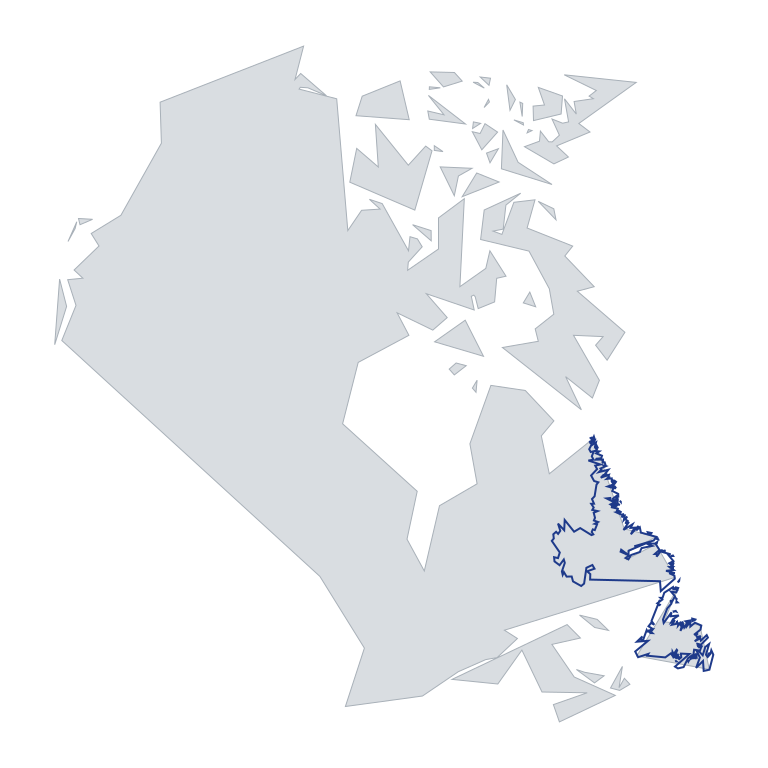 Newfoundland and Labrador highlighted on a map of Canada
{"feature_id": "CAN-686", "entity_name": "Newfoundland and Labrador", "entity_type": "Province", "adm_level": 1, "iso_a3": "CAN", "parent_name": "Canada", "parent_adm1": "", "projection": "orthographic", "projection_center": [-58.847, 53.496], "detail": "fine", "context": "in_parent", "style": "outline", "palette": "blue", "viewbox_px": 768, "rotation_deg": 0, "n_neighbors": 0, "source": "natural_earth", "source_scale": "10m", "svg_char_len": 9804}
<svg xmlns="http://www.w3.org/2000/svg" viewBox="0 0 768 768"><path d="M120.9,215.3L161.4,143.2L160.1,102.2L303.6,46.1L295.0,79.5L300.7,73.5L326.5,95.8L307.9,87.8L300.3,87.3L299.1,89.1L336.7,98.8L347.8,230.6L361.6,210.3L380.1,209.1L369.4,199.3L382.2,203.6L408.5,250.8L410.0,236.7L417.4,238.9L422.2,246.8L408.3,262.1L407.6,270.3L438.5,249.0L438.5,217.9L464.3,198.7L459.9,286.7L485.8,268.4L489.9,250.8L506.0,276.2L496.7,278.3L494.6,301.9L478.2,308.6L475.2,296.7L473.8,295.1L471.3,296.3L474.2,310.0L426.3,293.7L447.2,317.6L432.8,330.1L397.1,312.8L408.9,335.3L358.2,362.4L342.6,423.8L417.2,491.3L407.0,539.2L424.3,571.0L439.5,505.7L477.1,483.8L469.9,443.8L490.9,385.4L525.3,390.5L553.9,420.9L541.3,435.9L549.3,473.8L593.7,438.2L624.2,528.8L655.9,536.9L625.9,552.9L626.4,559.6L655.9,544.2L674.9,577.4L504.4,630.2L517.4,638.5L497.1,657.6L485.7,659.6L458.3,671.7L422.5,696.0L345.4,706.5L364.4,648.1L319.9,576.4L61.8,340.5L76.0,305.4L67.7,279.7L82.9,278.2L74.1,270.0L99.0,246.0L91.2,233.5L120.9,215.3ZM493.0,231.1L501.9,234.4L513.9,202.3L535.0,199.8L527.1,228.0L572.7,246.1L564.8,256.0L594.2,286.7L577.3,291.2L624.9,332.3L607.1,360.2L595.6,345.2L603.1,336.6L573.5,335.3L599.4,380.3L592.4,398.0L565.6,376.6L581.4,409.8L502.4,347.5L538.3,341.3L535.2,328.9L553.8,314.2L549.3,288.7L529.0,251.1L480.6,239.5L484.2,210.0L520.7,193.2L505.9,205.1L503.2,229.1L493.0,231.1ZM564.2,74.8L636.2,82.4L578.8,123.5L590.0,132.0L556.6,145.9L568.4,157.0L553.9,163.9L524.5,146.7L539.5,141.2L540.4,131.1L548.7,141.8L552.2,141.9L559.4,135.2L552.0,119.0L562.6,123.2L568.6,121.9L564.5,98.8L576.3,114.1L574.1,101.5L593.4,98.7L589.1,96.1L596.3,90.5L564.2,74.8ZM375.4,124.4L408.3,165.2L425.7,146.1L432.0,150.8L414.8,210.1L349.8,182.2L356.7,148.4L378.3,167.0L375.4,124.4ZM542.0,692.0L521.9,650.1L497.8,684.0L452.0,679.4L567.1,624.6L580.4,638.0L551.9,644.4L574.2,677.0L615.3,695.4L559.4,721.9L553.4,704.6L587.2,692.8L542.0,692.0ZM400.1,80.9L409.2,119.7L356.0,115.7L362.2,96.2L400.1,80.9ZM538.3,87.4L562.5,96.0L561.1,114.0L533.5,120.6L533.1,106.1L544.5,105.0L538.3,87.4ZM503.0,130.0L518.1,162.3L552.0,184.5L501.4,168.8L503.0,130.0ZM428.4,95.4L465.5,124.0L429.3,119.2L427.8,111.0L444.0,114.8L428.4,95.4ZM677.6,588.5L664.0,621.9L699.8,625.0L709.3,669.4L636.8,656.0L677.6,588.5ZM440.2,166.9L472.0,168.3L458.4,176.0L454.3,195.7L440.2,166.9ZM434.6,341.8L465.2,320.2L483.5,356.3L434.6,341.8ZM476.7,173.0L499.1,182.0L462.2,196.7L476.7,173.0ZM462.2,81.1L443.5,86.9L430.2,71.9L454.4,72.5L462.2,81.1ZM497.6,132.1L481.8,149.8L472.3,131.7L480.1,133.5L485.0,123.7L497.6,132.1ZM506.7,84.8L515.4,99.5L510.0,110.3L506.7,84.8ZM59.6,279.1L66.6,306.4L54.7,344.7L59.6,279.1ZM538.2,201.3L553.8,208.8L556.0,219.8L538.2,201.3ZM412.6,224.7L431.1,230.6L431.2,240.8L412.6,224.7ZM498.4,148.7L490.0,162.8L486.5,153.1L498.4,148.7ZM522.7,103.4L522.2,116.5L519.9,102.1L522.7,103.4ZM529.8,292.1L535.7,306.8L523.3,302.9L529.8,292.1ZM477.8,82.5L484.3,88.1L473.1,82.2L477.8,82.5ZM443.0,151.6L434.3,150.4L434.3,145.7L443.0,151.6ZM622.4,666.4L619.0,687.7L624.4,678.3L629.9,684.3L619.7,690.4L610.5,688.0L622.4,666.4ZM490.5,78.2L489.0,85.3L480.2,77.0L490.5,78.2ZM608.5,630.4L594.7,627.5L579.5,615.1L597.2,619.4L608.5,630.4ZM466.2,365.7L454.3,374.9L449.2,369.1L456.1,363.0L466.2,365.7ZM78.5,218.5L92.6,219.3L80.0,224.7L78.5,218.5ZM513.9,119.9L523.2,122.7L523.5,125.0L513.9,119.9ZM480.6,123.4L472.6,128.5L473.4,121.9L480.6,123.4ZM576.4,669.5L584.7,672.3L604.1,675.8L594.5,682.9L576.4,669.5ZM477.1,380.2L476.0,392.3L472.4,388.1L477.1,380.2ZM440.3,87.8L429.3,89.4L429.4,86.8L440.3,87.8ZM532.0,130.6L527.1,132.9L528.5,129.5L532.0,130.6ZM489.4,102.0L484.1,107.5L488.5,99.4L489.4,102.0ZM76.8,221.7L75.1,228.6L68.0,241.5L76.8,221.7Z" fill="#d9dde1" stroke="#a8b0b8" stroke-width="1"/><path d="M593.4,437.6L594.6,438.7L592.5,437.7L591.4,438.5L594.5,439.9L590.5,442.8L594.5,440.6L593.0,444.4L596.0,442.4L594.9,446.9L595.8,448.4L597.7,449.0L596.8,449.1L595.8,451.2L599.2,451.4L596.2,453.4L602.0,455.7L601.2,458.3L596.5,458.7L595.9,459.7L603.9,459.5L602.0,459.9L603.5,461.9L602.0,462.8L604.7,462.4L605.5,464.9L604.3,465.5L606.0,466.1L600.5,468.5L601.4,469.6L598.9,472.1L608.4,469.7L605.0,474.0L607.4,474.7L603.4,475.0L600.8,477.7L609.0,474.8L608.3,476.9L610.2,477.5L608.1,477.8L606.8,478.9L611.7,478.4L611.7,481.5L613.7,484.3L607.7,486.5L613.4,488.1L612.3,491.0L618.2,493.9L618.3,496.2L616.8,495.7L612.9,498.7L614.8,501.8L607.3,498.6L611.2,497.9L606.5,498.4L614.6,502.5L610.4,504.4L615.4,507.6L610.9,507.1L617.8,508.7L616.6,511.5L618.7,511.8L616.2,512.3L623.5,515.7L621.4,517.2L624.7,515.8L623.8,520.1L627.2,516.5L625.3,519.3L627.5,520.8L626.0,522.2L625.7,523.8L627.2,521.4L628.5,522.6L623.5,529.9L632.5,524.3L630.6,527.9L635.9,527.6L632.8,530.5L630.9,534.3L638.5,525.9L636.3,530.4L639.8,527.3L640.9,532.6L656.4,536.9L653.7,540.5L634.2,546.3L646.3,543.2L628.6,550.7L628.5,555.1L621.2,549.7L620.6,551.7L629.2,555.5L625.6,558.0L628.4,559.4L631.1,555.0L639.8,552.0L641.6,548.1L652.1,545.9L646.5,543.5L655.4,543.6L659.5,549.9L654.8,554.0L657.1,554.1L656.6,556.7L660.4,551.6L665.5,550.4L663.1,552.2L670.7,554.3L667.8,554.3L673.4,561.1L669.2,563.3L673.0,566.3L669.3,566.9L673.7,570.0L666.0,570.8L674.9,573.1L669.2,573.2L674.4,575.6L674.8,578.7L660.8,591.1L660.0,581.2L590.1,579.6L590.3,574.1L587.1,571.3L594.5,568.7L592.4,565.0L586.4,567.8L584.1,583.6L581.2,586.0L573.0,581.4L571.7,576.5L566.6,576.6L563.9,572.1L562.7,574.8L561.9,571.4L564.8,562.9L563.8,559.5L559.6,565.2L554.5,561.4L554.1,557.2L558.0,558.1L559.8,552.5L551.8,540.9L553.8,538.5L553.3,534.3L556.1,531.8L558.1,533.9L560.3,530.8L558.0,523.6L564.2,530.2L564.7,520.0L574.1,531.7L580.2,528.1L591.5,535.1L593.3,534.4L591.7,532.0L592.8,529.4L594.8,530.1L597.1,524.3L594.7,523.8L598.0,522.0L593.9,520.5L595.0,517.8L593.7,512.7L597.6,511.1L592.3,509.9L593.7,507.5L591.2,503.8L594.0,503.7L592.0,499.0L594.6,496.3L596.5,484.6L598.3,482.3L594.1,481.0L591.1,475.5L597.1,469.1L595.2,465.6L600.4,464.5L588.4,460.5L593.6,459.7L591.8,456.4L593.8,451.2L590.7,452.0L589.2,449.2L591.8,444.1L590.3,443.0L589.9,441.7L592.6,440.7L590.7,438.0L591.4,437.7L593.4,437.6ZM713.3,654.7L709.4,669.7L703.7,670.9L703.0,661.0L696.1,667.9L699.9,657.5L696.2,650.0L694.1,649.7L693.0,657.5L690.6,659.0L692.6,654.8L688.0,658.3L683.6,667.1L677.9,668.4L675.0,666.6L689.4,654.0L680.9,653.6L681.3,657.3L679.2,659.1L678.4,658.5L679.2,657.2L678.6,656.6L675.5,658.6L677.3,656.0L672.6,657.8L678.6,654.4L675.4,654.8L677.2,650.3L676.7,649.7L673.7,654.2L672.5,651.8L672.3,655.5L670.8,653.4L665.3,657.4L647.2,655.7L648.3,653.9L638.1,657.2L635.2,651.5L648.1,640.8L636.9,641.7L642.4,636.4L640.3,639.2L643.1,640.0L646.6,630.3L647.1,631.6L648.7,631.4L650.3,633.0L652.4,633.1L649.5,630.5L652.0,630.4L652.7,629.5L650.2,630.1L651.9,628.4L648.5,626.3L651.0,623.0L654.3,624.7L651.5,621.0L657.8,605.1L659.5,605.2L659.9,604.7L657.3,603.3L662.3,599.6L660.5,597.9L662.5,597.9L664.3,592.7L673.0,587.1L673.3,589.4L676.1,589.5L674.6,588.3L675.7,587.3L678.2,588.0L676.3,592.4L671.0,591.6L675.0,596.3L671.5,602.7L670.6,600.0L671.4,603.6L667.2,608.5L663.0,619.5L663.7,623.0L671.5,612.3L670.8,616.3L678.8,615.4L673.0,619.2L671.3,622.3L674.9,620.2L671.8,624.8L678.5,623.4L678.1,625.6L680.2,623.1L681.0,626.3L680.8,622.6L682.1,623.0L681.9,622.5L682.5,622.2L682.8,622.4L680.4,630.9L683.5,625.4L684.2,627.6L686.2,624.4L686.5,626.7L690.2,621.9L690.3,626.6L694.9,622.7L701.3,625.5L700.5,629.6L694.0,634.8L697.9,633.4L696.0,635.2L697.1,637.1L700.8,636.0L694.7,641.3L700.3,638.3L700.9,640.6L706.7,635.1L707.9,637.6L700.9,644.7L697.6,643.8L697.5,644.8L698.0,646.3L700.8,646.5L698.1,647.4L701.4,646.6L699.7,651.5L698.7,650.4L698.0,650.3L702.7,655.3L705.3,647.0L709.1,644.0L706.0,654.7L707.7,657.0L710.4,653.9L711.3,650.2L713.3,654.7ZM615.3,499.8L618.3,496.5L615.9,499.2L617.8,499.3L617.6,501.8L615.3,499.8ZM647.7,532.2L651.5,533.0L651.3,533.3L649.7,534.2L648.4,534.0L647.7,532.2ZM692.3,621.2L692.2,618.6L695.5,619.5L695.4,619.7L692.3,621.2ZM700.5,645.0L701.3,646.1L698.3,645.9L697.6,644.2L700.5,645.0ZM618.8,510.8L621.5,512.3L619.3,512.0L618.8,510.8ZM616.9,503.1L619.8,505.0L615.2,503.9L616.9,503.1ZM687.2,622.9L685.5,621.3L689.4,620.6L687.2,622.9ZM613.0,485.1L614.5,486.6L612.4,486.3L613.0,485.1ZM616.8,505.5L615.5,506.7L613.6,505.1L616.8,505.5ZM596.5,445.3L597.5,447.3L595.4,447.3L596.5,445.3ZM616.1,488.2L613.9,488.2L613.5,487.6L615.6,486.1L614.1,487.8L616.1,488.2ZM613.5,479.6L612.0,481.2L611.9,480.8L613.5,479.6ZM613.7,482.2L614.7,480.8L616.0,481.8L615.1,483.1L613.7,482.2ZM695.9,653.6L694.8,658.1L693.5,658.2L695.9,653.6ZM670.8,556.1L672.9,555.5L673.2,556.0L670.8,556.1ZM676.5,601.3L677.6,602.4L676.3,602.5L676.5,601.3ZM673.1,655.3L675.3,655.2L675.8,655.6L673.1,655.3ZM621.9,514.7L623.9,513.9L623.3,514.6L621.9,514.7ZM620.8,501.9L619.8,500.7L620.8,501.8L620.8,501.9ZM679.1,581.1L677.7,582.4L679.2,580.4L679.1,581.1ZM660.2,550.5L661.9,550.2L662.1,550.5L660.2,550.5ZM672.2,563.2L673.2,562.1L673.3,563.0L672.2,563.2ZM656.5,537.5L657.3,538.4L656.3,538.3L656.5,537.5ZM676.1,598.4L677.2,599.5L676.3,599.2L676.1,598.4ZM676.2,622.0L677.9,621.6L676.8,622.1L676.2,622.0ZM659.2,553.1L659.0,552.0L660.0,551.8L659.2,553.1ZM687.9,622.9L687.7,624.4L687.2,624.1L687.9,622.9ZM696.4,656.6L696.4,653.2L696.6,656.8L696.4,656.6ZM708.7,653.5L709.9,653.1L708.6,653.8L708.7,653.5ZM676.2,623.2L677.0,622.3L677.0,622.6L676.2,623.2ZM593.9,436.6L594.3,437.9L593.6,437.3L593.9,436.6ZM672.4,563.6L673.3,563.8L673.0,564.6L672.4,563.6ZM672.1,567.7L673.0,567.5L673.0,568.2L672.1,567.7ZM695.3,658.9L695.6,657.9L696.0,658.1L695.3,658.9ZM674.9,611.1L675.7,610.9L676.1,611.5L674.9,611.1ZM658.8,601.8L659.3,601.0L659.5,601.3L658.8,601.8ZM676.4,661.4L675.5,661.4L675.2,661.5L675.9,661.0L676.4,661.4ZM656.4,542.6L657.1,542.1L656.9,542.9L656.4,542.6ZM657.0,539.0L657.7,538.5L658.0,539.3L657.0,539.0ZM688.2,660.9L688.8,660.8L688.4,661.5L688.2,660.9ZM674.0,611.4L674.7,611.4L674.0,611.6L674.0,611.4Z" fill="none" stroke="#1e3a8a" stroke-width="2"/></svg>